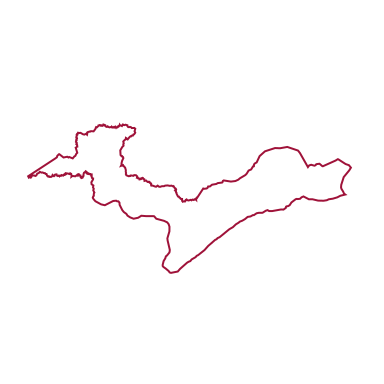 Iracema, Roraima, Brazil, rotated 353°
{"feature_id": "56859067B8516238503433", "entity_name": "Iracema", "entity_type": "district", "adm_level": 2, "iso_a3": "BRA", "parent_name": "Brazil", "parent_adm1": "Roraima", "projection": "robinson", "projection_center": [-62.78, 2.175], "detail": "fine", "context": "isolated", "style": "outline", "palette": "rose", "viewbox_px": 384, "rotation_deg": 353, "n_neighbors": 0, "source": "geoboundaries", "source_scale": "gbopen_adm2", "svg_char_len": 6010}
<svg xmlns="http://www.w3.org/2000/svg" viewBox="0 0 384 384"><g transform="rotate(353 192 192)"><path d="M161.3,269.7L168.2,269.2L170.7,266.9L178.6,261.5L180.2,260.8L181.9,260.4L183.4,258.9L187.6,257.1L188.9,255.9L190.2,255.5L197.3,251.2L201.5,247.5L209.2,242.3L210.6,241.9L211.7,240.9L213.9,240.2L224.5,233.5L228.3,231.9L231.7,229.4L234.6,228.1L235.7,227.3L238.4,226.6L241.4,225.3L244.2,223.5L247.1,223.4L249.5,222.4L250.6,222.5L253.5,221.0L255.6,220.8L259.5,221.2L262.9,219.6L264.8,219.2L266.2,220.3L269.1,220.7L278.2,220.2L280.7,220.6L283.2,219.2L283.6,218.0L284.0,217.8L285.7,217.7L287.3,217.0L289.4,214.5L294.0,211.8L295.2,211.6L296.2,211.9L298.4,211.9L300.1,210.6L302.1,210.0L307.2,213.5L310.7,213.9L316.1,215.9L321.5,216.7L324.8,216.6L326.9,215.9L330.9,215.8L335.6,215.0L338.8,213.8L343.8,213.2L342.7,212.1L342.1,210.1L340.7,207.0L340.5,205.6L341.0,203.1L344.4,195.7L350.7,189.7L352.7,187.2L351.0,184.5L347.9,183.0L341.2,177.4L340.7,177.2L338.3,178.3L325.0,182.4L324.5,182.2L322.0,179.5L319.3,179.5L318.4,179.8L317.9,180.5L316.7,180.8L313.6,179.5L312.0,179.8L311.4,180.0L310.1,181.4L303.9,166.5L302.3,163.8L292.1,158.9L284.7,159.3L279.8,158.5L269.4,160.5L263.5,164.6L259.8,170.5L257.7,171.4L257.1,172.0L256.7,172.8L256.7,173.8L256.4,174.1L255.6,174.1L253.5,176.8L250.8,177.6L248.5,180.5L247.0,181.7L241.3,184.2L239.5,185.4L236.4,186.4L231.9,186.4L224.9,184.4L224.0,184.8L223.4,186.1L223.0,186.3L218.7,186.3L217.0,187.0L212.8,187.2L210.4,188.7L208.7,188.5L208.0,189.7L207.0,190.3L204.3,190.3L203.6,189.9L196.2,198.6L195.9,198.3L195.1,199.1L195.1,200.2L194.7,199.7L193.8,199.9L193.6,199.6L192.6,200.1L191.8,199.6L190.5,200.2L189.9,199.6L187.6,200.0L186.2,199.5L185.7,198.7L184.8,199.1L184.5,199.9L183.8,200.6L183.1,200.2L181.7,200.5L181.6,200.0L181.2,199.8L181.1,199.4L181.3,197.7L179.9,197.4L179.4,196.3L178.7,195.9L178.4,195.0L177.6,194.8L177.4,194.4L176.4,191.6L176.5,190.8L176.1,190.2L176.2,188.9L175.5,188.5L176.4,187.7L176.1,187.3L176.4,187.2L176.3,186.7L175.1,185.6L174.4,183.9L173.8,184.1L172.5,183.2L170.7,183.2L168.6,182.5L166.0,182.4L165.1,182.8L162.8,182.6L160.9,183.0L159.7,182.6L158.7,181.5L157.0,182.4L156.1,182.1L153.6,180.8L152.4,180.7L152.2,179.9L152.5,178.9L152.2,178.3L151.5,178.0L151.0,176.7L150.6,176.6L150.5,177.0L149.1,176.6L147.8,175.0L146.2,175.2L146.2,173.5L145.1,173.0L145.0,172.1L144.7,171.9L143.5,172.2L143.0,173.0L141.6,173.1L141.7,172.3L140.4,172.1L140.0,171.8L140.0,171.1L139.6,170.7L139.2,170.8L139.5,169.8L138.4,168.5L136.6,168.2L135.9,168.8L133.3,168.1L132.8,168.2L132.6,168.6L131.0,168.6L128.9,167.4L128.5,166.1L128.9,165.1L128.7,163.9L129.0,162.2L128.6,159.7L128.2,159.4L127.9,158.4L127.0,157.9L126.8,156.9L124.7,157.4L125.7,155.8L125.5,155.0L126.4,152.6L128.0,150.0L127.8,148.9L126.8,148.2L126.9,147.8L126.0,147.3L125.6,146.6L125.9,141.9L128.3,138.8L129.7,137.7L129.6,136.2L130.2,135.4L129.9,133.6L130.3,133.1L132.8,131.3L133.0,130.3L133.4,130.6L133.3,131.3L134.5,132.0L136.9,129.7L137.8,129.2L138.2,129.4L139.0,128.7L140.2,128.8L140.8,127.8L141.6,127.7L142.9,126.2L142.4,124.7L143.4,122.3L142.6,121.4L140.0,121.2L139.4,120.3L138.4,119.8L137.7,120.0L136.6,119.8L135.9,118.7L136.0,117.9L134.2,117.1L133.2,117.4L132.3,117.2L131.7,116.6L130.5,118.0L129.6,117.3L128.7,117.3L128.4,116.6L128.1,117.3L127.4,117.9L127.1,117.6L126.4,117.9L126.1,118.7L125.4,118.9L124.6,118.4L124.4,118.7L124.2,118.2L123.9,118.6L123.4,118.6L123.6,118.1L122.7,117.8L121.3,118.4L120.5,117.6L120.4,118.0L120.0,118.0L119.7,117.6L118.0,117.8L116.5,117.0L116.3,116.6L115.7,117.0L114.9,116.9L114.2,116.0L114.1,115.2L112.8,114.5L112.7,114.9L112.3,114.6L112.2,115.0L111.3,114.9L111.1,115.4L109.6,115.1L109.6,114.6L108.6,114.3L108.3,114.6L107.4,114.5L107.3,114.9L105.5,116.2L105.0,116.0L105.0,116.4L104.3,116.6L103.7,117.8L101.7,119.8L99.1,119.3L98.1,119.7L97.8,119.5L95.6,119.9L95.2,120.2L95.2,121.2L94.8,122.3L94.0,121.3L92.1,121.9L90.8,121.4L88.6,119.7L87.3,119.7L86.1,119.3L85.4,120.8L84.9,120.5L84.4,121.2L84.5,122.2L83.8,123.5L84.4,124.4L84.4,124.9L83.7,125.4L83.9,126.3L83.3,126.6L83.3,127.4L82.9,128.1L83.7,129.4L83.0,130.4L83.7,131.2L83.7,132.9L83.2,132.9L82.5,133.8L82.0,133.9L82.9,139.1L81.8,140.0L80.6,141.9L79.5,142.4L77.7,144.1L74.4,142.3L73.6,142.7L72.5,141.8L68.7,142.1L64.9,138.3L64.5,138.3L62.7,139.7L62.1,141.1L60.1,142.2L31.3,156.4L31.8,157.8L32.6,157.3L32.9,157.6L33.4,157.4L33.8,158.0L34.7,157.1L34.8,156.3L35.4,156.0L37.7,156.5L38.4,157.0L39.5,156.6L40.6,154.9L42.2,154.5L43.4,153.4L44.9,154.4L46.2,154.4L47.1,155.1L48.3,155.3L48.8,156.2L49.8,156.4L50.1,158.1L51.0,158.6L51.0,159.1L52.3,159.6L52.5,159.3L53.8,159.9L55.0,159.4L55.6,158.3L56.0,159.0L56.9,159.5L57.6,159.1L57.6,158.4L58.4,158.0L59.7,158.0L60.0,159.3L60.8,159.8L61.5,159.5L61.8,159.8L62.5,159.7L62.6,160.1L63.2,159.6L63.9,160.0L64.6,159.3L66.0,160.0L66.3,159.5L67.6,158.8L67.4,159.6L67.8,159.6L68.2,159.1L69.0,159.0L69.1,158.0L71.5,158.7L72.5,159.3L73.3,159.3L73.5,158.7L74.3,159.3L74.4,161.3L74.2,162.1L75.2,161.5L78.1,162.2L79.7,161.3L79.8,161.7L80.3,161.7L80.7,160.6L81.4,160.5L81.4,161.6L82.2,161.1L82.8,162.1L83.2,162.1L83.1,163.3L83.9,164.7L84.9,164.5L84.9,163.4L85.3,163.3L85.6,163.7L86.3,162.8L86.5,161.1L87.1,159.8L87.9,159.3L88.4,159.5L89.0,158.5L89.4,158.8L89.7,160.1L90.2,160.0L90.3,161.2L91.9,161.7L92.0,161.2L92.7,161.7L93.6,161.8L93.9,163.2L94.5,162.9L94.3,164.9L94.6,166.1L95.5,166.5L95.3,167.5L93.3,170.1L93.3,172.1L94.9,173.5L94.3,175.4L94.9,176.9L94.2,178.2L95.0,180.7L94.6,181.0L94.2,182.4L94.1,183.8L93.5,184.2L92.8,185.6L93.5,187.2L95.0,189.4L100.3,193.2L103.9,194.5L112.7,191.3L115.7,191.4L116.5,192.1L117.8,192.3L118.7,193.7L118.6,195.9L120.6,201.5L121.9,203.6L124.2,205.7L125.1,207.6L127.6,209.7L130.8,211.4L135.4,211.0L138.8,209.4L143.2,210.3L150.5,211.2L151.5,211.5L153.3,214.2L160.7,217.2L163.7,219.1L164.9,221.1L165.4,223.7L164.8,228.3L161.9,235.0L161.9,237.3L162.9,246.6L162.7,247.8L162.2,249.3L159.3,252.1L158.2,252.7L157.4,254.6L155.4,257.1L154.0,260.8L153.9,261.9L154.5,262.9L156.5,264.7L159.2,267.6L160.0,269.1L161.3,269.7Z" fill="none" stroke="#9f1239" stroke-width="2"/></g></svg>